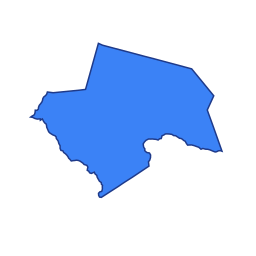 Matões do Norte, Maranhão, Brazil, rotated 105°
{"feature_id": "56859067B74601498618575", "entity_name": "Matões do Norte", "entity_type": "district", "adm_level": 2, "iso_a3": "BRA", "parent_name": "Brazil", "parent_adm1": "Maranhão", "projection": "robinson", "projection_center": [-44.413, -3.75], "detail": "fine", "context": "isolated", "style": "filled", "palette": "blue", "viewbox_px": 256, "rotation_deg": 105, "n_neighbors": 0, "source": "geoboundaries", "source_scale": "gbopen_adm2", "svg_char_len": 2007}
<svg xmlns="http://www.w3.org/2000/svg" viewBox="0 0 256 256"><g transform="rotate(105 128 128)"><path d="M54.6,174.0L53.9,178.5L101.7,179.0L104.2,185.1L113.3,209.4L114.1,215.2L116.5,215.3L118.1,216.1L120.0,217.5L121.9,217.9L123.3,217.7L125.1,217.9L127.2,218.7L129.1,219.6L131.1,219.8L133.0,219.5L134.5,220.5L134.8,222.2L136.8,221.8L138.7,221.8L140.0,222.3L141.2,223.7L142.6,224.8L142.4,222.9L142.9,220.5L142.9,218.0L141.9,215.2L143.2,214.7L141.4,213.1L143.5,211.2L144.7,209.7L145.2,208.3L146.3,207.5L148.3,206.7L150.8,204.7L152.2,203.6L153.1,202.1L154.1,198.9L154.4,196.5L155.1,195.2L156.7,194.5L158.5,192.2L161.0,190.7L162.7,189.0L165.3,188.3L167.0,187.0L166.9,185.0L168.3,183.8L169.1,181.7L170.1,180.0L171.2,178.6L172.5,177.5L173.3,176.0L174.5,174.3L173.7,172.5L173.2,171.1L172.4,169.4L172.2,167.4L172.4,165.8L173.0,164.1L173.6,162.5L174.6,161.0L174.7,158.1L176.2,156.6L178.0,156.6L179.5,156.4L179.8,154.8L181.2,153.5L181.4,151.7L179.4,149.1L181.0,147.8L181.8,145.9L183.4,145.1L185.1,143.5L186.8,141.8L187.6,139.7L189.2,139.1L190.0,137.8L191.5,137.6L192.9,137.1L194.4,136.9L196.0,137.0L197.0,138.7L198.7,139.6L200.7,138.9L202.1,137.6L201.9,135.8L196.5,130.9L194.6,129.2L186.7,122.0L184.1,119.8L181.7,117.7L174.6,111.2L159.4,97.9L155.3,99.5L153.5,98.7L150.8,98.6L148.2,99.2L146.6,100.8L146.8,103.6L145.5,106.0L143.8,106.3L142.6,107.8L141.4,108.4L139.4,109.2L137.2,108.5L135.2,107.4L133.3,105.3L132.8,103.2L132.3,101.6L132.0,99.6L131.7,97.9L131.8,95.8L130.2,94.7L129.6,93.2L128.3,93.1L126.8,93.2L125.3,91.4L124.1,90.4L123.6,88.9L123.1,86.5L122.8,84.0L123.5,81.9L123.1,80.1L124.1,77.0L124.6,75.6L124.4,73.8L124.9,72.4L125.6,71.0L126.0,69.3L127.9,67.5L129.1,66.0L128.4,63.9L127.9,62.2L127.9,59.3L128.1,57.3L128.3,54.6L129.6,52.0L128.4,50.4L128.4,47.7L127.9,45.4L127.9,43.3L128.4,39.7L128.6,37.6L128.0,36.3L126.6,34.7L126.0,33.0L126.1,31.2L104.0,46.4L93.0,54.1L90.1,56.1L74.7,53.5L54.4,81.8L54.4,86.8L54.4,121.1L54.5,130.8L54.6,168.6L54.6,174.0Z" fill="#3b82f6" stroke="#1e3a8a" stroke-width="1.5"/></g></svg>